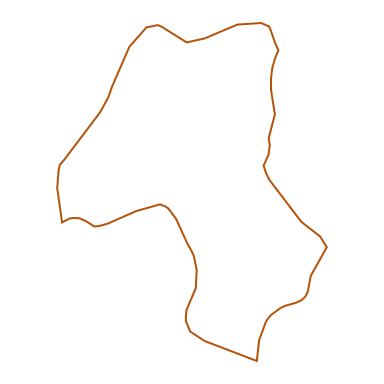 SVG path tracing the border of Estelí
{"feature_id": "NIC-664", "entity_name": "Estelí", "entity_type": "Department", "adm_level": 1, "iso_a3": "NIC", "parent_name": "Nicaragua", "parent_adm1": "", "projection": "equal_earth", "projection_center": [-86.387, 13.143], "detail": "fine", "context": "isolated", "style": "outline", "palette": "amber", "viewbox_px": 384, "rotation_deg": 0, "n_neighbors": 0, "source": "natural_earth", "source_scale": "10m", "svg_char_len": 960}
<svg xmlns="http://www.w3.org/2000/svg" viewBox="0 0 384 384"><path d="M326.8,247.2L310.7,276.0L308.0,290.7L306.9,293.9L305.0,296.9L301.5,300.2L296.1,302.7L285.2,305.8L280.2,308.2L270.7,315.2L267.4,319.4L265.9,321.8L259.1,340.3L256.8,361.0L204.6,341.0L190.2,331.6L186.0,321.5L185.9,316.7L186.5,310.1L195.8,288.1L196.7,270.1L193.8,255.9L191.5,250.9L187.2,243.2L176.0,218.7L168.3,208.5L165.1,206.3L159.9,204.4L136.1,211.1L108.0,223.5L99.3,226.0L94.3,226.5L86.0,221.2L79.2,218.2L73.6,218.0L69.5,218.5L62.1,222.4L57.2,188.3L58.6,170.4L59.7,165.2L60.1,164.5L64.6,159.3L100.4,111.9L108.4,97.1L111.9,87.0L129.4,46.7L146.5,27.4L157.8,25.1L162.2,27.0L168.4,31.0L186.7,42.4L204.7,38.4L237.3,24.6L261.0,23.0L269.0,26.4L270.7,30.1L275.0,42.7L278.4,50.4L274.8,59.0L272.3,67.9L271.1,77.5L271.0,89.7L274.9,114.3L268.7,138.1L269.8,145.3L268.5,154.8L263.6,165.7L266.3,173.7L269.3,179.8L301.4,221.9L320.1,236.5L326.8,247.2Z" fill="none" stroke="#b45309" stroke-width="2"/></svg>